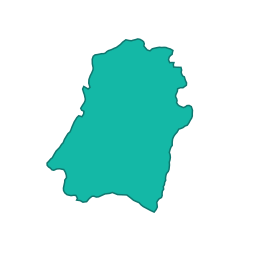 the district of Mãe do Rio, Pará, Brazil, rotated 34°
{"feature_id": "56859067B65028667685767", "entity_name": "Mãe do Rio", "entity_type": "district", "adm_level": 2, "iso_a3": "BRA", "parent_name": "Brazil", "parent_adm1": "Pará", "projection": "albers", "projection_center": [-47.512, -1.99], "detail": "fine", "context": "isolated", "style": "filled", "palette": "teal", "viewbox_px": 256, "rotation_deg": 34, "n_neighbors": 0, "source": "geoboundaries", "source_scale": "gbopen_adm2", "svg_char_len": 2523}
<svg xmlns="http://www.w3.org/2000/svg" viewBox="0 0 256 256"><g transform="rotate(34 128 128)"><path d="M125.7,216.5L129.0,214.9L132.1,214.7L134.9,212.2L135.3,208.0L136.3,204.8L137.8,203.6L140.3,203.0L142.1,201.5L145.8,195.5L149.4,192.4L151.1,190.2L156.6,189.0L164.4,184.2L168.6,184.4L173.0,184.8L175.5,184.4L179.0,183.7L181.8,184.4L184.6,184.6L193.1,183.7L196.7,183.1L196.9,180.0L196.5,177.1L194.7,175.0L193.4,173.6L193.2,171.6L193.4,169.3L194.6,166.9L194.1,164.9L192.9,163.3L191.8,161.1L191.8,158.8L190.0,156.8L189.9,154.7L188.7,152.4L188.5,150.3L187.2,148.7L186.1,146.5L185.4,144.3L185.6,141.3L185.1,139.3L183.1,135.5L181.3,133.2L180.7,131.1L179.5,128.6L177.8,126.6L175.9,125.2L174.9,122.3L174.3,119.8L174.4,117.7L173.0,115.7L172.0,113.9L171.1,112.1L170.6,109.3L170.6,107.1L171.0,103.9L170.7,100.6L171.9,99.1L173.3,97.0L174.2,94.4L175.6,92.5L175.6,89.8L175.3,86.9L175.2,84.2L174.6,82.1L173.3,80.2L171.5,77.2L170.0,76.0L168.5,74.9L166.1,75.1L164.4,76.4L163.7,78.4L162.5,80.1L158.2,81.0L156.3,80.8L154.1,79.8L153.4,77.9L151.9,76.5L150.2,75.7L149.1,74.0L148.4,70.0L147.2,67.7L148.8,65.4L151.1,63.8L152.5,59.9L151.3,57.8L149.5,56.8L147.9,55.6L146.1,54.1L144.2,54.3L142.2,53.2L140.8,51.9L140.1,50.0L138.0,48.1L134.6,50.3L131.8,51.9L130.1,50.1L129.5,48.1L127.6,49.3L126.0,50.5L123.4,48.8L122.5,46.2L122.7,44.1L123.4,42.3L122.6,40.6L121.9,38.6L118.9,38.8L116.4,39.6L114.5,40.0L112.9,40.9L110.8,42.5L108.9,43.5L106.9,45.4L105.1,47.3L103.8,48.8L103.1,51.7L100.4,52.6L97.4,51.8L95.3,51.2L94.4,49.1L92.7,47.8L90.8,47.6L88.4,47.8L86.3,48.7L84.6,50.8L83.2,52.3L82.0,53.8L79.9,54.9L76.9,56.1L75.6,59.7L75.0,63.1L73.3,67.8L72.0,69.6L70.9,71.6L69.8,73.2L68.5,74.8L67.7,76.6L67.4,78.5L66.2,80.0L64.5,81.2L61.7,84.1L59.8,85.8L59.1,88.0L59.9,91.0L62.6,94.8L65.5,97.6L66.5,99.5L67.2,103.0L67.5,105.7L68.5,109.6L70.4,112.8L73.8,115.6L73.1,118.0L70.6,118.1L68.1,118.3L68.6,121.1L71.5,123.5L73.3,124.8L74.7,126.2L76.4,127.8L77.3,129.7L77.6,131.8L77.6,134.3L77.8,138.1L79.5,139.1L82.1,138.8L83.4,141.2L83.5,144.4L80.3,145.4L79.8,148.0L80.0,152.9L81.0,158.5L81.7,161.3L82.1,163.6L81.4,166.2L81.5,169.2L81.7,172.9L82.5,176.5L82.1,178.7L82.2,182.4L81.3,187.3L81.5,190.7L81.9,195.0L81.3,196.8L80.9,200.2L80.5,202.3L81.8,204.1L83.9,204.7L86.2,204.7L88.4,205.2L90.1,204.5L91.8,201.8L94.1,200.0L98.0,198.4L100.8,199.7L103.4,201.8L104.8,203.6L104.7,206.5L105.8,208.3L108.1,214.0L109.6,215.9L111.9,217.1L114.7,217.4L116.4,216.8L118.6,215.9L120.5,214.2L122.4,213.0L125.4,214.5L125.7,216.5Z" fill="#14b8a6" stroke="#0f766e" stroke-width="1.5"/></g></svg>